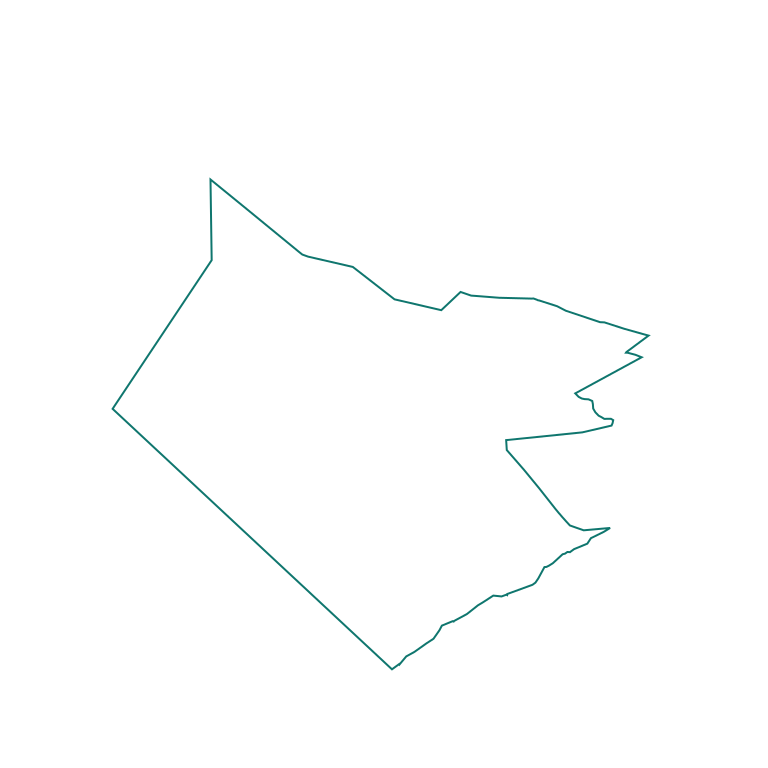 Mártires de Tacubaya, Oaxaca, Mexico (Mercator projection), rotated 41°
{"feature_id": "50627088B73077765096958", "entity_name": "Mártires de Tacubaya", "entity_type": "district", "adm_level": 2, "iso_a3": "MEX", "parent_name": "Mexico", "parent_adm1": "Oaxaca", "projection": "mercator", "projection_center": [-98.212, 16.55], "detail": "fine", "context": "isolated", "style": "outline", "palette": "teal", "viewbox_px": 768, "rotation_deg": 41, "n_neighbors": 0, "source": "geoboundaries", "source_scale": "gbopen_adm2", "svg_char_len": 1413}
<svg xmlns="http://www.w3.org/2000/svg" viewBox="0 0 768 768"><g transform="rotate(41 384 384)"><path d="M118.9,343.5L172.7,403.6L195.0,577.2L195.5,580.8L577.2,594.1L579.2,585.4L579.7,585.6L579.5,575.0L582.7,566.3L586.2,551.9L588.5,543.8L587.4,533.5L586.2,528.4L591.4,518.0L592.4,517.6L592.3,517.0L597.5,503.2L600.1,489.4L601.8,484.2L605.3,472.0L612.1,467.2L614.6,462.7L615.4,462.5L614.8,461.6L627.8,438.1L628.6,434.6L628.0,429.5L625.2,416.9L626.6,415.5L627.7,412.8L629.0,408.5L630.5,395.3L631.9,393.3L632.6,390.5L633.6,389.7L634.4,389.1L634.7,388.9L634.9,387.8L635.8,383.9L642.2,371.1L641.3,364.6L646.9,351.3L649.1,344.3L630.7,363.4L627.4,364.7L623.7,366.2L617.1,368.8L611.7,368.2L605.4,367.4L601.6,366.8L601.2,366.8L595.2,365.8L569.5,360.9L545.8,356.9L520.0,353.3L513.0,346.2L565.4,290.4L583.0,266.1L582.2,263.6L580.7,260.9L578.1,261.4L575.8,263.4L573.1,265.8L569.6,266.4L566.8,267.1L562.1,266.7L558.0,265.3L554.8,262.1L552.3,260.2L548.4,261.4L545.3,263.8L542.8,265.2L539.3,266.0L534.5,265.6L560.9,194.8L554.6,197.0L547.3,200.6L546.1,201.6L546.0,200.9L551.9,173.9L546.9,176.3L528.9,184.8L509.9,192.9L506.5,195.6L473.2,209.4L468.3,210.6L463.7,211.7L446.2,219.2L445.3,219.8L444.1,220.1L440.7,221.4L439.5,222.6L414.3,243.4L395.8,257.1L391.8,260.1L381.4,264.3L378.8,290.7L336.4,313.2L283.7,316.1L243.1,337.7L237.4,339.9L232.5,340.1L166.8,342.0L118.9,343.5Z" fill="none" stroke="#0f766e" stroke-width="2"/></g></svg>